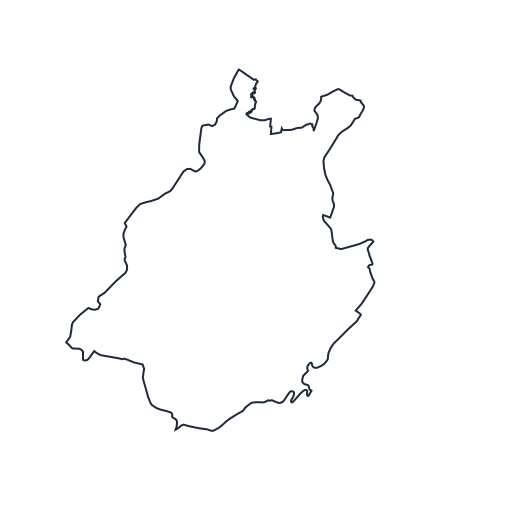 Krong Buk, Đắk Lắk, Vietnam (Equal Earth projection), rotated 217°
{"feature_id": "81297802B2573632778711", "entity_name": "Krong Buk", "entity_type": "district", "adm_level": 2, "iso_a3": "VNM", "parent_name": "Vietnam", "parent_adm1": "Đắk Lắk", "projection": "equal_earth", "projection_center": [108.229, 13.013], "detail": "fine", "context": "isolated", "style": "outline", "palette": "slate", "viewbox_px": 512, "rotation_deg": 217, "n_neighbors": 0, "source": "geoboundaries", "source_scale": "gbopen_adm2", "svg_char_len": 5935}
<svg xmlns="http://www.w3.org/2000/svg" viewBox="0 0 512 512"><g transform="rotate(217 256 256)"><path d="M382.0,394.5L380.8,385.3L378.4,376.8L377.2,374.6L375.3,373.2L369.6,370.2L363.8,368.8L362.0,360.8L364.3,358.0L367.1,354.0L369.4,346.8L369.9,342.4L368.3,339.8L367.8,336.1L369.1,333.4L373.4,332.2L374.6,330.6L376.2,329.1L377.2,327.6L376.5,325.1L368.4,310.8L364.0,304.8L356.8,302.3L354.2,301.1L352.9,299.2L352.6,296.4L352.9,292.4L353.9,288.9L354.7,287.4L356.2,286.7L360.8,286.1L363.4,284.0L364.8,279.9L363.3,259.3L363.6,256.1L366.2,250.9L368.6,243.0L372.5,237.3L377.5,231.0L379.7,227.9L380.6,222.6L380.7,209.9L380.6,203.3L377.1,201.5L376.6,198.4L375.3,194.1L373.1,191.2L366.7,186.5L365.6,183.0L364.1,180.8L359.6,176.7L359.1,174.6L358.3,173.5L353.4,170.9L350.8,167.6L350.1,163.9L351.5,157.7L352.7,151.6L354.8,135.3L357.2,128.8L355.1,124.7L351.4,123.8L350.3,119.9L350.6,118.4L352.2,116.2L354.8,114.6L358.6,113.6L361.2,103.2L362.3,93.0L361.7,90.5L358.3,84.6L355.8,79.7L355.6,72.8L353.3,72.6L350.4,72.3L348.3,71.7L346.6,71.9L341.3,75.6L339.0,76.1L336.5,75.4L334.6,72.8L331.7,69.1L330.7,69.1L329.3,69.9L328.4,71.0L327.9,72.5L327.8,76.0L328.0,82.7L326.1,82.6L322.7,82.9L320.2,83.4L305.2,91.1L300.6,93.2L299.4,94.7L297.0,95.6L289.6,97.5L281.3,101.1L277.2,98.4L277.2,98.2L276.4,96.5L273.2,90.7L270.0,88.1L265.0,84.4L257.4,78.5L251.7,75.1L249.9,74.4L247.6,74.4L243.8,74.7L240.0,75.8L233.4,78.6L229.6,79.8L228.1,79.5L227.1,78.5L226.3,77.2L225.6,76.9L224.4,76.9L223.1,77.2L220.9,77.1L219.4,76.2L218.1,74.3L216.7,71.9L215.7,68.9L214.5,71.8L213.6,75.7L212.4,77.7L207.5,79.6L197.7,84.2L191.1,88.0L186.8,89.4L185.1,90.5L182.6,95.7L181.4,99.5L180.2,106.1L178.9,110.6L176.0,118.1L173.2,124.6L173.3,128.1L172.6,131.6L171.8,134.3L171.2,135.9L170.5,136.9L169.1,138.2L167.4,139.7L162.3,143.3L161.0,144.8L160.2,146.3L159.6,148.0L157.8,148.8L156.6,150.4L152.2,151.4L149.5,152.3L148.6,152.9L147.8,154.0L146.9,155.5L146.7,158.0L147.1,164.4L147.2,166.7L147.1,168.3L146.5,169.1L145.2,170.0L144.1,170.1L142.8,169.2L141.9,167.2L141.5,165.2L141.1,162.0L140.8,161.3L140.3,160.8L139.6,160.6L139.2,160.7L138.7,161.6L137.7,173.4L137.1,176.5L136.4,178.4L135.7,179.0L134.8,179.2L133.8,179.0L131.9,175.8L131.1,175.5L130.7,175.4L130.1,175.7L130.0,176.6L130.6,181.8L132.5,181.7L133.6,182.0L135.5,183.8L136.6,184.1L137.7,183.9L140.1,182.8L142.4,183.0L143.6,183.5L145.3,186.4L146.2,188.8L145.4,194.4L145.4,195.3L145.9,196.1L146.9,196.6L148.0,197.9L148.6,199.1L148.6,202.3L148.1,203.7L147.5,204.1L146.8,203.8L145.3,202.4L144.0,201.9L142.5,201.8L141.0,202.6L139.9,203.6L137.8,207.4L136.7,210.6L136.4,213.3L136.5,216.2L136.8,217.3L138.4,219.6L139.8,222.4L140.9,227.0L141.2,230.7L141.2,233.3L140.1,240.3L138.4,252.9L136.5,262.9L136.3,265.2L136.6,268.4L136.8,271.9L137.2,272.3L138.8,272.6L143.5,272.4L142.9,281.7L143.3,288.3L144.3,302.0L145.5,306.2L146.6,307.1L149.3,308.1L155.0,311.9L157.8,314.3L159.9,314.6L160.1,315.8L159.8,317.2L158.0,319.1L158.0,319.5L158.6,320.2L161.6,322.2L165.2,324.4L170.8,328.6L171.5,329.6L171.4,332.2L170.9,338.1L171.6,338.3L172.6,338.5L174.1,338.3L176.5,336.0L177.5,333.5L180.8,327.6L192.1,312.8L197.3,310.5L198.2,311.9L199.8,312.5L202.4,313.2L204.2,314.7L208.1,318.8L212.1,322.7L217.4,323.9L223.2,325.1L226.4,327.6L227.0,329.1L225.3,329.7L219.9,331.3L221.3,336.0L223.4,342.4L224.6,343.9L226.1,345.2L227.9,346.1L229.9,348.2L232.1,352.6L239.7,357.5L244.6,359.7L249.4,362.6L254.5,367.1L259.2,372.3L260.8,375.9L261.3,384.7L262.0,392.4L262.7,399.6L263.0,401.8L262.8,403.7L262.1,407.3L259.9,413.1L258.9,416.8L259.1,421.0L259.6,424.9L257.5,428.1L257.3,428.7L257.4,429.8L257.5,430.3L257.8,431.1L258.0,432.7L258.2,435.4L258.6,437.8L259.2,439.6L259.9,440.5L261.3,441.2L265.0,442.0L265.4,442.4L266.0,443.1L270.4,440.9L272.9,441.1L274.3,441.4L275.4,442.1L277.4,440.8L283.0,439.9L290.0,439.2L291.1,438.5L293.2,434.5L296.0,427.9L299.8,422.4L298.4,420.5L297.5,418.2L297.3,415.9L298.0,411.6L298.0,409.6L297.6,408.4L296.7,407.1L294.5,406.6L291.3,405.3L289.4,403.2L287.4,397.8L285.8,392.4L285.4,391.2L285.5,391.1L285.9,391.4L286.3,391.8L286.8,392.6L287.1,392.9L288.5,393.2L289.5,393.8L290.0,395.0L290.4,395.1L290.9,394.7L292.1,394.5L292.8,394.1L293.0,393.9L293.7,392.4L293.8,392.1L294.6,391.6L294.9,391.1L295.8,388.5L296.7,386.0L299.3,383.8L300.6,382.4L303.7,377.9L304.8,377.1L307.3,375.0L310.7,372.5L312.1,373.3L310.5,369.8L312.3,367.6L317.5,362.3L320.9,367.7L321.6,368.6L322.7,368.0L326.7,374.6L328.4,373.0L329.8,371.1L330.6,369.7L334.3,367.0L341.2,364.2L344.5,363.0L349.0,363.5L349.2,364.7L349.2,364.9L349.1,365.1L348.9,365.2L348.7,365.2L348.0,364.9L347.8,364.9L347.7,365.1L347.7,365.6L347.7,366.0L347.9,366.3L348.3,366.7L348.4,367.1L348.2,367.3L347.9,367.3L347.6,366.5L347.5,366.4L347.3,366.2L347.1,366.4L346.7,367.3L346.4,368.3L346.5,369.1L346.7,369.3L347.2,368.9L347.3,369.0L347.5,369.0L347.5,369.5L347.2,370.2L347.1,370.5L347.2,371.1L347.1,371.4L346.9,371.6L346.4,371.6L346.1,372.0L345.9,372.8L346.0,373.4L346.7,374.5L347.4,375.4L347.9,376.8L348.4,377.5L348.5,378.0L348.5,378.7L348.5,379.0L348.8,379.3L349.2,379.4L350.4,379.3L350.6,379.5L350.6,380.0L350.9,380.3L351.1,380.3L351.7,380.0L351.9,380.0L352.1,380.1L352.2,380.4L352.1,381.0L352.2,381.3L352.4,381.4L353.3,381.3L354.0,381.7L354.3,381.5L354.8,380.2L355.1,379.8L355.4,379.8L355.7,380.1L355.8,380.7L355.8,381.9L355.9,382.3L356.0,382.5L356.8,381.8L357.1,381.8L357.2,382.1L357.2,382.6L357.1,383.0L357.0,384.2L357.0,384.5L356.8,384.7L356.6,384.9L356.3,385.0L356.0,385.0L355.4,384.8L355.2,384.9L355.1,385.0L355.0,385.5L355.1,385.8L355.4,386.3L356.1,386.5L356.5,386.8L356.7,387.0L356.8,387.6L356.8,388.6L356.9,389.2L357.0,389.8L357.4,390.0L357.6,389.7L358.0,388.8L358.3,388.2L358.6,388.1L358.7,388.3L358.8,388.5L358.5,388.9L358.4,389.5L358.4,389.8L358.4,390.4L358.5,390.8L359.1,392.1L359.6,393.5L359.6,394.1L359.5,396.1L359.6,396.3L359.7,396.5L362.2,396.6L362.4,396.8L362.5,396.9L363.3,396.3L363.6,395.8L363.8,395.4L373.8,395.0L379.1,394.9L382.0,394.5Z" fill="none" stroke="#1e293b" stroke-width="2"/></g></svg>